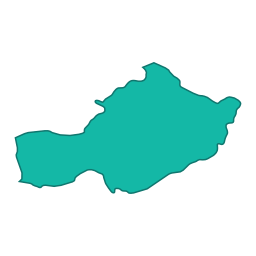 the border of Westmeath
{"feature_id": "IRL-717", "entity_name": "Westmeath", "entity_type": "County", "adm_level": 1, "iso_a3": "IRL", "parent_name": "Ireland", "parent_adm1": "", "projection": "equal_earth", "projection_center": [-7.391, 53.56], "detail": "fine", "context": "isolated", "style": "filled", "palette": "teal", "viewbox_px": 256, "rotation_deg": 0, "n_neighbors": 0, "source": "natural_earth", "source_scale": "10m", "svg_char_len": 2846}
<svg xmlns="http://www.w3.org/2000/svg" viewBox="0 0 256 256"><path d="M153.9,62.8L165.3,67.9L168.6,70.1L169.8,72.1L173.7,76.2L177.1,78.2L178.8,79.7L179.7,80.8L179.9,81.9L179.9,83.0L179.8,84.3L180.0,85.7L180.7,86.7L181.6,87.3L193.1,93.2L198.6,95.4L200.5,95.7L202.2,95.8L204.4,96.3L207.5,97.5L212.5,101.1L215.2,102.6L217.1,103.4L218.4,103.2L220.7,101.1L221.6,100.6L224.7,99.1L226.5,97.9L227.4,97.5L228.5,97.2L229.5,97.0L231.4,97.3L234.5,98.1L238.4,100.4L239.9,101.9L240.6,103.2L240.5,104.3L240.1,105.4L239.7,106.3L239.1,107.2L237.5,108.6L236.9,109.4L236.4,110.3L236.2,111.5L236.0,113.7L235.2,115.7L234.1,117.4L233.8,118.4L233.6,119.7L233.6,121.2L233.2,122.2L232.2,122.8L228.9,123.1L228.0,123.4L227.1,123.9L226.3,124.6L226.0,125.9L226.1,127.5L227.2,130.5L227.5,132.2L227.4,133.5L226.0,136.4L225.2,138.4L224.6,140.6L224.4,141.7L224.0,142.8L223.5,143.6L222.7,144.2L221.9,144.4L221.4,144.4L219.0,143.7L217.9,143.9L217.3,144.7L217.5,148.1L217.4,149.5L217.2,150.4L216.9,151.2L216.2,152.5L215.6,153.3L214.1,154.8L213.2,155.5L207.5,158.8L205.3,159.6L202.5,159.8L199.6,159.6L198.4,160.0L197.4,160.5L196.6,161.1L195.6,161.6L192.1,162.8L190.1,163.7L188.8,164.6L183.2,170.1L180.3,171.8L171.7,173.0L169.9,173.6L168.5,174.3L147.2,188.8L133.6,192.9L130.8,193.2L128.9,193.0L127.2,191.6L126.2,191.1L123.0,190.9L121.8,190.5L119.9,189.0L118.6,188.5L116.0,188.4L115.0,189.0L114.7,190.0L114.7,191.2L114.4,192.5L113.4,192.8L112.4,192.5L111.6,191.9L110.9,191.1L108.5,187.9L105.8,183.7L105.4,182.7L103.8,177.7L103.5,175.9L103.3,175.4L102.8,174.7L102.1,174.0L98.7,172.7L94.8,170.6L91.6,169.7L89.1,169.7L87.3,170.0L80.3,173.6L76.7,176.2L75.3,177.6L74.9,178.5L74.7,179.5L74.4,180.6L72.5,181.8L61.0,185.3L54.1,186.3L45.5,185.2L43.4,185.4L42.2,186.0L40.8,187.4L39.6,187.5L38.4,187.1L37.5,186.6L35.1,185.9L33.0,185.0L32.2,184.3L31.3,183.7L29.6,183.2L19.4,181.5L19.5,181.4L21.9,179.0L22.0,172.8L16.5,157.1L16.2,154.9L17.4,151.5L17.4,147.7L15.4,137.8L24.5,133.7L28.2,132.6L45.0,130.8L47.8,130.8L49.2,131.1L50.3,131.5L51.3,132.1L52.1,132.6L60.2,134.9L70.0,135.5L78.9,134.3L82.6,133.3L84.4,132.2L84.4,130.1L84.6,129.0L85.1,128.2L88.0,125.2L88.7,124.4L90.3,121.4L91.2,120.3L93.2,119.0L94.3,118.0L95.2,116.9L96.4,115.6L98.7,114.1L102.6,113.1L104.2,112.0L104.9,110.9L104.8,108.7L104.5,107.7L103.8,107.0L102.9,106.3L96.5,103.3L95.7,102.6L95.2,101.8L95.5,100.7L96.5,100.4L97.8,100.5L99.0,100.8L101.3,101.8L102.6,102.2L103.3,101.7L105.5,99.1L111.1,95.6L111.7,95.1L112.3,94.4L114.0,91.7L115.9,89.5L117.2,88.5L118.3,88.0L122.7,87.8L124.0,87.4L125.0,86.8L126.8,84.4L128.5,82.5L129.7,81.6L131.0,80.9L132.1,80.6L133.5,80.5L134.9,80.6L138.3,81.2L141.2,81.2L142.9,80.7L144.1,80.1L144.8,79.3L145.4,78.5L145.9,77.6L146.1,76.5L146.1,74.3L146.3,73.6L146.4,73.1L146.4,72.7L146.4,72.2L146.2,71.7L145.4,70.0L144.2,68.6L142.8,67.3L153.9,62.8Z" fill="#14b8a6" stroke="#0f766e" stroke-width="1.5"/></svg>